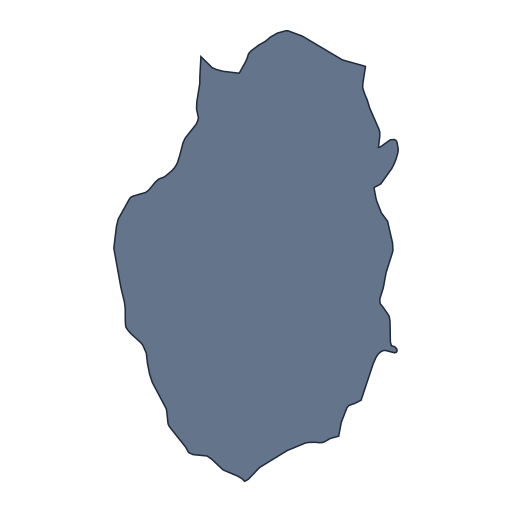 map outline of Kâmpóng Chhnang (Equal Earth projection)
{"feature_id": "KHM-1785", "entity_name": "Kâmpóng Chhnang", "entity_type": "Province", "adm_level": 1, "iso_a3": "KHM", "parent_name": "Cambodia", "parent_adm1": "", "projection": "equal_earth", "projection_center": [104.594, 12.169], "detail": "fine", "context": "isolated", "style": "filled", "palette": "slate", "viewbox_px": 512, "rotation_deg": 0, "n_neighbors": 0, "source": "natural_earth", "source_scale": "10m", "svg_char_len": 1932}
<svg xmlns="http://www.w3.org/2000/svg" viewBox="0 0 512 512"><path d="M120.9,287.6L113.8,248.2L116.4,226.7L118.2,219.1L129.2,199.3L130.4,197.6L131.4,196.9L133.8,195.8L145.5,192.5L147.2,191.3L149.2,189.6L155.4,182.0L158.6,179.1L161.4,178.0L162.8,177.6L164.8,176.6L171.8,170.8L174.6,167.6L176.5,164.6L177.3,162.9L179.5,156.3L183.1,142.4L185.4,137.8L196.1,124.3L197.7,120.7L198.4,117.9L196.5,108.7L196.8,101.9L199.8,83.3L199.8,77.8L200.9,56.6L212.2,67.7L216.7,69.6L223.1,71.3L239.2,73.2L245.4,62.1L247.2,58.1L248.3,54.5L249.1,53.0L251.0,50.9L259.0,44.9L265.2,41.4L270.7,36.9L277.3,33.1L285.6,30.8L287.8,30.7L302.3,36.1L342.4,59.9L365.5,66.4L362.9,83.3L362.7,87.8L364.6,93.8L367.3,100.1L369.6,107.8L378.8,128.9L379.8,132.2L379.8,136.0L378.5,147.3L379.5,147.2L380.4,146.9L390.3,139.8L394.3,139.5L395.5,140.1L396.6,141.2L397.1,142.7L398.1,148.3L398.2,150.3L397.9,152.7L395.9,159.6L394.2,163.7L391.8,168.5L380.8,183.9L374.0,187.6L375.8,197.5L376.6,200.8L381.4,212.9L387.6,221.3L392.5,242.7L393.0,249.8L392.5,252.4L386.1,272.6L383.3,287.9L379.9,298.7L379.9,301.7L380.3,303.8L383.2,307.4L389.0,315.8L389.5,317.9L390.0,321.0L390.4,341.9L391.1,344.5L391.5,345.7L394.9,346.8L396.9,349.1L397.1,350.9L396.3,352.3L394.5,352.8L385.1,350.4L383.5,350.6L381.6,351.3L379.9,352.5L378.0,354.3L376.4,356.7L373.5,362.9L361.1,400.2L354.6,403.5L348.8,405.5L346.9,407.8L341.3,422.3L338.7,436.2L330.2,438.5L323.5,442.3L321.9,442.6L319.0,442.7L316.2,442.3L309.1,442.4L305.4,443.0L287.3,450.5L259.7,467.4L248.4,479.2L246.0,480.7L244.5,481.3L242.8,479.5L241.7,478.5L237.4,476.0L223.9,470.3L222.6,469.5L211.7,459.2L207.0,456.0L193.0,454.6L188.6,452.5L185.6,447.1L169.5,426.8L168.3,424.5L167.9,422.7L166.9,412.6L166.3,408.9L152.3,382.4L149.6,374.2L147.4,363.1L146.3,353.1L142.9,345.4L142.4,344.6L140.5,342.4L130.7,333.5L127.8,330.1L126.0,327.4L125.6,325.6L125.3,321.5L125.2,308.6L124.4,302.1L120.9,287.6Z" fill="#64748b" stroke="#1e293b" stroke-width="1.5"/></svg>